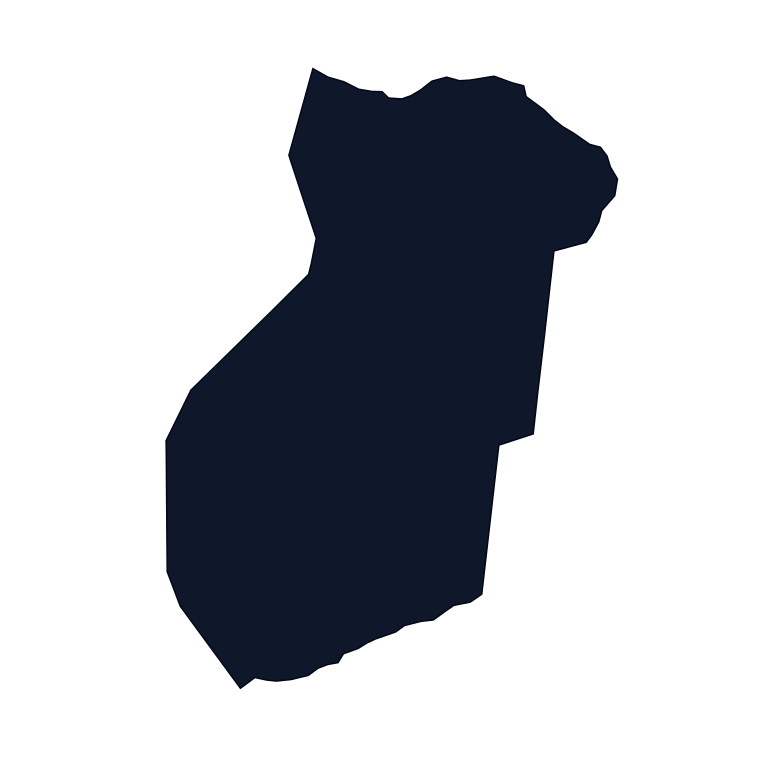 the district of Diamante do Norte, Paraná, Brazil, rotated 276°
{"feature_id": "56859067B42644323100321", "entity_name": "Diamante do Norte", "entity_type": "district", "adm_level": 2, "iso_a3": "BRA", "parent_name": "Brazil", "parent_adm1": "Paraná", "projection": "orthographic", "projection_center": [-52.879, -22.637], "detail": "fine", "context": "isolated", "style": "filled", "palette": "ink", "viewbox_px": 768, "rotation_deg": 276, "n_neighbors": 0, "source": "geoboundaries", "source_scale": "gbopen_adm2", "svg_char_len": 1002}
<svg xmlns="http://www.w3.org/2000/svg" viewBox="0 0 768 768"><g transform="rotate(276 384 384)"><path d="M66.4,273.0L78.6,286.3L77.3,298.3L77.3,308.0L80.3,322.2L86.3,339.2L94.4,348.0L99.1,357.2L102.1,367.4L111.5,371.9L118.3,385.9L124.6,394.0L129.4,401.9L138.7,421.6L145.9,429.5L151.8,445.6L154.5,457.7L164.3,468.6L171.1,476.5L176.2,492.7L185.2,503.2L335.2,504.6L350.0,537.6L392.5,537.8L447.9,538.5L534.1,539.1L546.1,570.3L554.0,575.0L567.6,580.6L579.2,582.4L595.4,593.8L612.3,594.8L623.4,586.5L634.0,582.0L642.1,574.5L643.8,563.5L653.2,546.5L658.7,534.6L664.2,525.8L673.4,514.4L684.7,495.3L695.1,491.8L697.0,479.7L701.6,461.3L695.2,437.7L693.5,427.3L695.7,414.2L690.2,400.0L680.0,389.4L673.5,380.6L669.4,372.0L668.9,358.6L674.5,351.6L673.7,341.5L674.5,328.0L680.4,312.6L683.3,296.3L690.2,280.3L601.5,265.5L564.7,282.0L521.8,301.4L496.3,299.1L485.2,297.6L445.2,265.0L357.7,192.6L304.8,173.2L295.9,174.3L174.7,188.0L141.6,204.7L66.4,273.0Z" fill="#0f172a" stroke="#020617" stroke-width="1.5"/></g></svg>